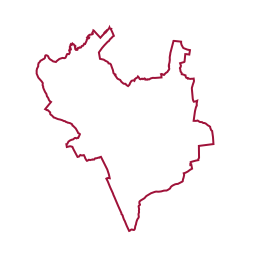 Murgesti, Buzau, Romania (Albers equal-area conic projection), rotated 262°
{"feature_id": "2599482B22144330012024", "entity_name": "Murgesti", "entity_type": "district", "adm_level": 2, "iso_a3": "ROU", "parent_name": "Romania", "parent_adm1": "Buzau", "projection": "albers", "projection_center": [26.887, 45.4], "detail": "fine", "context": "isolated", "style": "outline", "palette": "rose", "viewbox_px": 256, "rotation_deg": 262, "n_neighbors": 0, "source": "geoboundaries", "source_scale": "gbopen_adm2", "svg_char_len": 5800}
<svg xmlns="http://www.w3.org/2000/svg" viewBox="0 0 256 256"><g transform="rotate(262 128 128)"><path d="M125.7,198.0L125.6,197.3L125.6,196.1L126.0,194.0L135.4,196.7L139.4,198.3L139.7,198.7L140.1,198.9L140.6,199.0L141.1,199.4L142.2,199.3L145.4,200.3L144.9,198.4L144.9,196.8L146.0,196.4L147.7,196.2L158.0,196.7L159.4,197.0L160.0,197.4L161.7,198.1L164.6,199.6L165.5,199.9L167.8,199.9L167.7,199.0L167.9,198.3L167.9,196.8L168.5,194.8L168.5,194.1L169.1,193.7L169.3,193.8L169.4,193.2L169.8,192.6L171.1,192.2L172.1,192.3L172.5,191.5L172.8,190.9L173.0,190.7L173.7,189.1L173.8,188.7L175.3,188.7L176.6,187.9L179.2,187.9L179.9,187.7L180.3,187.8L180.7,188.4L182.2,189.1L184.9,188.6L185.5,192.8L185.6,193.0L185.8,193.2L189.0,194.0L193.2,195.0L193.0,196.2L192.2,198.9L196.5,200.2L197.4,197.6L199.4,194.1L199.7,193.8L202.9,192.6L204.7,192.4L206.1,192.6L207.9,185.5L207.9,185.2L196.4,180.4L194.9,180.0L193.1,179.4L191.9,179.1L189.7,178.9L187.1,178.2L184.7,177.2L183.9,177.4L183.5,177.3L183.4,177.0L180.8,177.1L179.8,176.5L179.5,176.0L178.0,174.8L177.3,173.2L176.5,172.1L175.6,171.2L175.7,170.4L176.4,169.8L176.5,169.3L176.8,168.8L176.7,168.2L176.0,168.4L173.4,168.2L173.8,161.9L174.2,159.4L173.9,157.2L173.2,155.9L173.3,155.0L173.5,154.7L173.5,154.0L173.2,153.8L173.4,152.6L173.5,151.9L174.3,151.9L174.8,151.3L174.3,149.6L174.9,148.8L174.5,147.2L174.9,146.4L176.6,145.7L177.6,145.0L176.9,144.5L176.3,143.4L176.2,142.8L176.0,142.7L175.4,141.5L175.3,141.4L174.4,141.3L173.8,140.9L174.3,140.4L174.4,139.7L174.3,138.4L173.9,137.7L171.9,136.1L171.2,135.8L170.5,135.3L169.5,133.9L170.8,132.4L172.1,131.7L172.2,131.4L172.3,130.3L172.9,129.4L174.9,127.7L176.0,127.3L176.7,126.9L177.7,125.3L178.4,124.4L181.9,122.6L182.0,122.9L182.2,123.1L182.8,123.0L183.4,122.0L184.3,121.3L187.5,121.1L190.6,120.4L193.3,119.9L194.2,119.2L194.5,118.5L194.7,117.7L195.5,117.5L196.0,117.3L197.1,116.0L197.6,115.0L198.2,114.5L199.1,113.4L200.4,109.9L206.9,109.7L210.8,113.4L213.1,116.0L216.3,120.0L216.6,120.8L216.7,121.1L218.3,122.5L219.8,124.6L220.6,125.5L221.2,126.8L224.7,125.9L228.3,124.8L228.6,125.1L228.8,124.8L228.9,124.2L229.3,123.7L230.1,123.6L229.2,123.0L227.3,120.9L227.6,120.5L227.3,120.3L226.6,120.2L225.8,119.3L226.5,118.9L225.6,117.8L225.1,117.5L224.8,117.6L223.1,115.4L221.2,113.2L227.1,109.1L229.1,107.8L229.5,107.3L228.7,107.0L227.2,105.9L226.5,106.3L226.2,106.3L225.9,106.1L225.8,105.7L226.0,105.5L225.6,104.4L225.7,103.3L225.3,102.2L224.9,101.6L223.6,100.4L223.1,102.2L222.3,101.8L221.9,99.9L221.1,99.4L220.4,99.3L217.2,97.2L217.5,96.3L215.8,95.1L215.7,94.5L215.7,94.0L215.5,93.5L214.4,92.8L214.2,92.1L214.6,91.2L214.1,90.6L214.3,89.7L213.5,88.7L212.9,89.0L212.5,88.8L212.4,88.4L212.5,87.9L212.7,87.7L212.7,87.2L213.0,87.0L213.6,86.7L214.0,86.7L214.6,87.0L215.4,86.7L216.1,86.7L216.2,87.2L216.5,87.3L217.9,86.1L218.5,85.8L218.8,85.2L219.4,84.7L218.2,83.9L219.0,83.1L218.5,82.7L217.7,82.5L216.3,81.6L215.9,81.7L215.6,82.1L214.9,81.9L214.0,82.5L213.8,82.4L213.5,82.1L214.0,81.1L213.1,80.6L212.9,80.5L211.4,81.0L210.5,80.7L209.4,79.8L209.7,78.2L209.5,77.8L207.5,76.7L206.2,75.8L206.0,74.6L206.5,73.1L206.4,72.2L205.9,69.5L205.4,68.9L205.1,68.2L204.3,66.9L203.4,65.8L204.4,63.1L205.9,61.6L206.6,60.6L208.2,59.4L210.1,58.9L210.7,58.4L211.3,57.5L211.4,57.1L211.4,56.5L211.2,56.2L208.9,55.4L208.7,55.2L208.1,54.3L208.0,53.7L207.4,52.4L206.8,50.7L205.6,49.7L204.6,48.4L203.8,48.2L203.3,47.9L201.6,47.7L199.3,46.1L197.2,45.4L196.4,45.4L194.6,45.1L190.4,46.2L186.3,48.9L184.6,49.8L184.0,49.8L182.8,49.5L182.0,49.4L181.1,49.8L180.2,49.6L178.6,49.9L175.2,50.9L173.1,51.9L170.5,52.2L169.6,52.8L168.4,53.3L167.0,53.5L165.5,54.3L164.5,55.4L158.2,48.6L157.0,50.2L156.9,51.0L154.3,53.1L152.7,52.9L152.0,53.3L150.9,54.5L150.4,54.8L149.5,55.5L148.8,55.8L148.7,56.3L146.6,59.8L145.8,62.0L144.9,63.9L143.8,65.5L143.7,66.1L143.2,67.0L142.7,67.3L142.2,68.4L141.7,69.0L141.5,69.8L140.7,71.6L139.4,73.2L138.2,73.3L138.0,73.5L137.8,73.9L134.8,76.2L131.0,77.7L130.0,77.9L129.0,79.3L128.6,79.5L128.3,79.4L125.2,77.4L125.4,77.0L125.4,76.7L125.0,76.1L124.9,75.6L125.5,74.5L125.5,74.0L124.3,71.9L124.2,70.5L123.6,68.5L123.2,68.0L122.9,67.2L120.8,65.7L120.5,65.1L120.5,64.7L117.7,64.8L118.0,67.9L117.8,68.8L117.3,69.7L117.1,70.3L114.3,71.1L106.4,74.0L106.5,75.4L107.9,77.0L107.5,77.7L107.2,78.7L107.3,80.5L105.0,81.3L104.1,81.4L101.9,82.3L101.2,82.8L101.4,83.7L102.0,84.6L101.8,85.5L101.5,86.0L101.7,87.7L101.6,88.5L101.8,88.7L101.5,89.7L101.5,90.2L102.4,91.0L102.5,91.8L102.4,92.5L102.8,94.9L102.6,95.4L103.0,96.0L103.2,97.2L89.8,101.7L84.8,102.6L80.8,102.9L81.3,101.2L81.1,100.7L81.1,99.9L80.9,99.5L78.1,100.5L71.7,102.1L65.3,104.0L63.6,104.3L62.0,104.8L51.9,107.5L44.7,109.6L43.5,109.6L42.9,110.2L41.8,110.6L41.2,110.6L38.6,111.1L37.2,111.5L36.6,111.8L31.4,113.1L25.9,114.8L26.0,115.4L26.8,116.7L27.0,117.3L26.8,118.1L26.4,118.9L26.2,119.6L26.3,120.0L26.8,120.5L27.9,121.0L29.7,121.5L31.5,122.5L33.1,123.0L34.9,123.8L36.4,124.7L37.4,125.7L38.4,126.3L41.3,126.4L43.0,127.2L44.7,127.3L46.0,127.7L49.0,127.6L49.5,127.9L50.0,128.9L50.5,129.2L50.8,129.2L51.5,128.8L52.3,128.8L53.5,129.1L54.0,129.7L54.7,131.0L55.9,133.9L56.5,134.9L57.7,136.2L58.2,137.0L60.2,141.7L61.0,145.5L61.1,146.6L61.1,147.2L60.7,149.0L60.6,150.9L60.6,152.1L61.0,155.0L60.7,157.5L61.3,159.2L62.3,161.3L63.2,161.8L63.7,162.3L64.4,163.3L65.0,164.7L65.7,166.9L65.8,168.8L65.7,169.2L65.7,169.6L67.4,174.4L67.7,174.8L69.5,175.3L70.8,176.0L73.7,177.1L75.4,176.9L75.5,177.8L75.9,179.3L76.6,181.2L78.0,183.7L78.8,185.8L82.8,185.6L82.7,184.6L83.7,184.7L83.8,185.2L85.5,185.3L85.8,186.9L86.3,190.9L86.4,193.2L87.3,193.3L88.6,194.2L100.4,195.7L100.2,210.4L107.3,210.9L113.4,210.9L114.1,210.2L114.6,210.0L116.7,209.5L117.8,209.5L118.6,208.7L119.4,207.6L121.6,205.6L122.3,204.4L122.5,203.2L123.5,202.1L123.9,200.3L124.1,199.8L125.7,198.0Z" fill="none" stroke="#9f1239" stroke-width="2"/></g></svg>